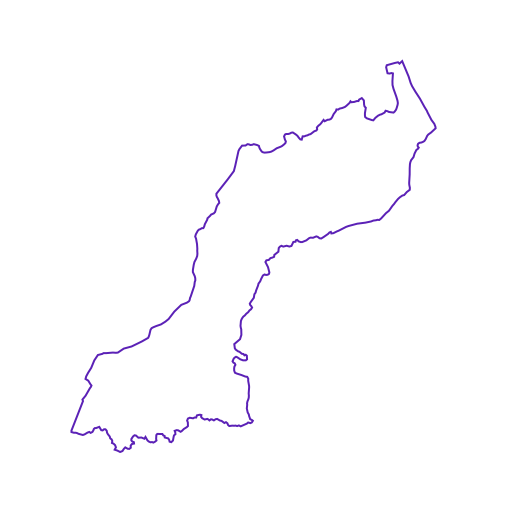 the district of Hamisi, Western, Kenya, rotated 186°
{"feature_id": "3690345B54311955774666", "entity_name": "Hamisi", "entity_type": "district", "adm_level": 2, "iso_a3": "KEN", "parent_name": "Kenya", "parent_adm1": "Western", "projection": "natural_earth1", "projection_center": [34.822, 0.093], "detail": "fine", "context": "isolated", "style": "outline", "palette": "violet", "viewbox_px": 512, "rotation_deg": 186, "n_neighbors": 0, "source": "geoboundaries", "source_scale": "gbopen_adm2", "svg_char_len": 6024}
<svg xmlns="http://www.w3.org/2000/svg" viewBox="0 0 512 512"><g transform="rotate(186 256 256)"><path d="M394.5,143.8L397.4,143.5L398.6,142.6L402.9,141.0L405.9,135.3L408.2,127.5L410.8,122.2L412.3,118.5L412.7,115.9L409.8,114.5L407.2,111.1L406.1,110.0L406.5,108.6L407.4,107.1L410.9,99.2L413.6,95.1L412.9,93.6L421.3,63.0L421.1,61.6L418.7,61.2L416.9,61.4L415.5,61.2L413.9,60.6L409.5,59.9L407.8,60.7L405.2,62.7L403.4,63.6L402.0,62.8L400.3,63.9L399.5,65.6L399.2,67.0L398.3,68.0L397.0,68.2L394.0,69.7L391.7,66.6L390.3,66.5L389.0,67.8L387.6,67.9L386.2,66.6L385.7,64.8L384.7,63.3L382.6,61.2L381.9,59.4L380.4,58.5L379.6,57.1L379.7,55.0L378.1,54.5L376.4,53.2L375.3,51.1L376.3,48.6L373.6,48.0L370.7,46.9L368.4,48.1L367.3,50.3L366.0,52.0L363.5,50.9L361.9,50.9L360.5,52.2L360.8,54.4L359.7,56.1L357.7,56.7L358.0,58.1L359.7,58.6L360.7,59.6L360.8,61.0L359.4,63.7L358.1,65.0L356.6,64.9L354.0,63.0L351.0,63.5L347.9,62.6L347.0,64.5L344.7,61.3L343.3,60.3L341.5,59.7L339.9,60.1L338.6,59.7L337.1,60.7L335.7,62.1L336.2,63.6L336.4,67.5L335.6,68.7L330.5,69.2L329.5,67.9L328.1,67.5L327.8,66.0L324.2,65.4L323.1,64.0L322.5,62.3L320.8,62.0L319.3,63.8L319.0,67.7L318.8,69.0L317.5,70.4L317.9,72.2L318.6,73.6L316.8,74.5L315.2,74.5L312.6,73.3L311.5,74.2L309.7,76.4L306.9,78.6L305.9,79.8L306.4,83.4L307.3,85.1L306.7,87.2L305.0,88.2L301.6,88.0L300.3,88.9L298.6,89.1L298.1,91.3L296.8,91.8L295.1,92.3L293.7,92.1L293.8,90.3L292.6,89.1L290.0,88.0L287.4,88.9L286.2,88.4L285.1,87.6L283.7,88.9L282.4,88.8L280.7,88.1L279.2,89.4L277.6,89.9L274.7,88.6L273.0,88.4L270.0,86.6L268.5,87.6L266.9,86.6L266.2,85.1L264.8,84.1L261.9,84.8L260.0,84.9L258.5,85.2L257.0,84.9L255.3,85.7L253.4,85.0L247.5,88.4L246.4,89.6L244.1,89.2L242.7,90.1L241.9,91.8L243.0,92.5L244.7,93.1L246.1,96.1L246.6,97.7L247.9,99.5L249.2,103.4L249.2,107.1L249.5,108.5L249.3,110.5L248.7,112.5L248.4,114.3L248.5,116.4L248.9,118.5L249.1,124.6L249.3,126.1L250.7,131.0L250.9,133.2L252.1,134.9L254.1,135.0L258.0,136.1L262.9,137.1L264.7,137.7L265.7,139.7L266.0,142.0L265.9,143.8L265.1,145.6L265.9,147.0L267.3,147.6L268.3,148.8L267.4,151.7L266.5,152.8L265.3,153.7L264.0,153.3L260.8,151.6L258.0,150.9L255.2,151.2L254.1,152.3L254.7,155.9L255.9,156.7L257.1,156.0L258.2,157.2L259.9,157.3L262.4,159.0L263.8,159.3L266.4,160.8L267.4,162.0L268.4,166.1L263.2,171.6L262.3,176.0L263.0,181.5L263.6,183.0L264.1,184.9L264.2,189.8L263.8,191.4L263.0,193.2L262.2,194.5L260.9,195.7L259.7,197.5L257.9,199.3L256.8,201.2L255.4,202.5L254.5,204.3L255.5,205.7L256.6,206.6L257.2,207.9L256.4,209.7L253.8,214.2L253.6,217.8L252.6,219.5L252.3,221.6L250.9,226.7L250.6,228.9L249.6,230.5L249.0,231.8L248.6,233.4L247.1,237.3L245.6,238.5L244.0,238.2L242.4,238.6L241.2,239.6L241.0,241.1L242.9,246.2L246.0,251.0L245.2,252.8L242.9,253.4L241.4,255.4L239.6,256.1L237.9,257.1L237.9,259.0L234.2,262.6L234.2,266.3L233.3,267.7L231.8,268.8L229.9,268.2L226.6,269.4L223.8,268.9L221.8,269.7L220.3,273.9L218.2,274.3L217.9,275.8L216.7,276.3L215.1,275.0L212.9,274.5L211.5,274.7L207.6,276.8L204.9,279.4L203.6,280.0L201.2,280.1L198.1,281.8L196.6,281.5L194.7,280.3L193.0,280.2L190.9,281.8L186.6,285.5L185.4,287.1L184.1,287.8L183.4,286.3L181.4,286.8L178.0,289.0L176.6,289.7L169.4,294.4L167.1,295.5L158.7,298.7L150.7,300.6L145.1,302.4L143.0,303.5L140.4,304.1L139.0,304.7L137.2,304.7L135.5,306.4L131.2,312.2L128.5,314.9L125.6,320.1L124.1,322.2L123.1,324.0L120.7,327.6L119.1,329.4L116.8,331.4L115.0,332.1L112.7,335.4L110.0,337.9L110.1,339.9L111.0,342.8L111.3,344.6L111.7,353.2L112.3,359.3L112.5,363.5L112.3,365.5L111.7,367.6L109.7,370.8L109.0,374.5L107.6,378.2L106.1,379.6L105.5,380.8L106.5,381.7L106.9,383.0L106.5,384.6L105.2,385.7L103.5,386.1L102.1,386.8L100.6,387.9L99.5,389.9L98.3,393.4L97.4,394.8L94.8,397.1L90.7,401.8L91.1,403.4L92.5,406.1L95.7,409.6L100.4,416.7L101.2,418.2L104.2,422.1L109.4,429.6L114.6,436.0L118.5,441.2L120.3,444.3L123.0,450.5L131.0,465.1L133.4,462.3L135.0,463.5L138.1,462.5L145.9,459.4L146.3,457.3L144.3,451.5L142.3,451.4L140.4,452.1L138.9,451.9L138.6,444.2L138.1,440.3L136.7,436.6L133.1,429.1L131.5,425.2L130.9,422.9L131.0,421.0L131.6,417.8L132.0,416.2L133.2,414.1L134.2,413.0L137.7,413.1L139.1,413.2L140.2,413.7L142.3,414.0L143.1,412.1L146.1,410.0L147.3,409.6L149.3,408.3L151.7,405.9L153.5,403.2L155.0,403.3L160.2,404.5L162.0,405.7L162.4,407.4L162.6,409.6L162.3,414.9L163.7,416.1L164.3,417.8L165.0,422.0L167.3,424.1L169.8,422.3L170.3,420.8L172.0,420.6L174.4,419.5L177.2,418.9L178.2,419.7L178.9,418.1L181.8,414.8L183.2,413.5L185.7,412.2L188.3,411.3L189.6,410.2L191.3,410.2L191.7,408.4L193.6,405.3L194.9,401.6L196.0,400.0L197.6,399.2L199.0,399.0L201.8,397.2L203.0,398.4L205.1,394.9L206.0,393.6L207.5,392.2L208.9,390.2L208.4,388.3L209.1,387.1L211.0,386.2L214.5,382.9L216.1,382.3L217.4,381.4L219.1,380.8L220.3,380.1L222.1,379.9L222.7,376.5L224.1,376.6L225.7,378.0L227.4,379.9L229.2,381.1L232.3,382.7L233.8,382.3L235.2,381.3L236.7,380.7L238.8,380.5L239.9,379.8L240.6,377.9L239.4,374.8L238.3,373.1L238.5,371.5L239.6,370.1L241.5,368.2L242.8,367.3L246.7,365.3L249.5,362.9L251.7,361.4L253.5,360.7L257.1,359.9L258.6,359.7L260.5,360.0L261.7,361.0L263.4,363.1L264.1,364.4L264.6,365.8L266.6,366.5L269.9,367.0L271.4,366.2L273.2,365.8L274.8,366.3L276.2,366.3L277.9,364.8L281.4,364.3L283.7,360.5L284.4,358.6L286.1,343.4L286.9,338.1L292.3,329.0L301.9,313.8L301.7,312.0L301.0,310.5L300.2,309.5L298.6,306.8L298.1,305.0L299.2,303.4L300.2,301.2L301.3,295.5L302.4,294.0L305.0,292.5L305.9,291.1L308.2,288.4L308.3,287.0L310.2,282.3L310.6,279.9L311.3,278.2L312.8,278.0L314.2,276.9L315.5,276.3L316.5,275.1L318.1,271.3L318.5,269.0L317.4,266.9L315.9,261.7L315.1,257.0L315.0,255.2L314.5,252.1L314.5,249.8L315.2,247.1L316.6,243.6L317.0,240.8L317.3,235.6L317.1,233.4L314.8,229.5L314.1,227.6L313.8,225.4L314.2,223.8L314.3,219.7L316.7,208.9L317.2,207.4L317.4,205.2L317.9,204.0L319.8,202.4L325.2,199.6L331.4,192.2L336.3,184.2L339.3,181.2L343.4,178.0L347.7,176.0L350.5,174.5L352.3,173.3L353.2,171.5L353.8,166.7L354.2,164.7L354.7,163.3L360.7,159.0L370.3,153.0L377.8,150.1L383.3,145.5L385.2,145.1L388.2,145.0L394.5,143.8Z" fill="none" stroke="#5b21b6" stroke-width="2"/></g></svg>